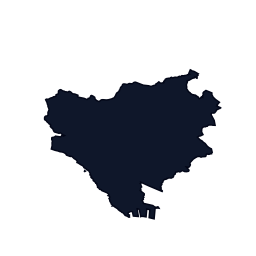 the district of Si Racha, Chon Buri, Thailand, rotated 296°
{"feature_id": "78962969B58781089685129", "entity_name": "Si Racha", "entity_type": "district", "adm_level": 2, "iso_a3": "THA", "parent_name": "Thailand", "parent_adm1": "Chon Buri", "projection": "equal_earth", "projection_center": [101.044, 13.142], "detail": "fine", "context": "isolated", "style": "filled", "palette": "ink", "viewbox_px": 256, "rotation_deg": 296, "n_neighbors": 0, "source": "geoboundaries", "source_scale": "gbopen_adm2", "svg_char_len": 5807}
<svg xmlns="http://www.w3.org/2000/svg" viewBox="0 0 256 256"><g transform="rotate(296 128 128)"><path d="M130.8,49.3L128.2,50.4L126.4,48.8L124.8,49.3L123.3,47.3L122.3,46.8L120.9,45.2L118.9,43.8L118.1,41.9L117.3,41.6L115.4,44.1L114.2,45.0L113.2,46.2L112.3,46.6L110.4,48.7L109.5,49.1L107.0,49.2L104.6,50.4L103.6,50.2L102.5,48.7L101.7,48.4L101.0,48.4L99.4,49.1L98.9,49.7L98.8,51.2L98.1,52.4L97.5,54.7L97.1,55.2L97.1,56.8L96.5,57.4L95.7,57.3L95.3,57.6L94.7,58.9L94.4,60.6L92.7,62.6L92.2,63.6L93.0,68.4L94.1,69.3L93.5,71.4L93.4,74.3L92.5,73.5L92.3,71.8L90.5,71.5L88.9,66.4L87.7,65.9L86.5,64.5L86.3,64.0L85.7,63.8L84.2,64.5L83.2,65.8L81.5,66.2L78.8,67.6L75.5,68.3L76.0,72.4L76.7,75.3L76.8,77.0L77.6,79.4L77.8,80.7L77.7,82.6L77.4,84.1L77.3,84.3L76.9,84.2L76.7,84.7L77.0,87.8L77.3,87.8L77.2,88.5L77.4,88.5L77.6,89.0L77.8,90.3L76.9,93.0L76.7,95.2L76.1,96.9L75.3,97.5L74.8,97.1L74.6,97.3L74.7,98.6L74.3,101.5L74.3,103.6L73.7,105.3L73.1,105.7L73.1,107.0L72.8,107.4L72.9,108.2L72.6,109.2L72.4,109.3L72.5,110.4L72.3,110.8L72.6,111.2L70.6,113.9L69.9,114.3L69.2,114.3L69.2,115.2L68.5,116.3L68.1,116.6L67.9,116.4L67.8,116.7L67.3,116.6L66.7,119.1L66.1,119.7L65.5,119.8L65.1,122.0L64.6,122.7L64.7,123.1L64.2,123.3L64.3,124.4L63.3,124.9L62.8,125.8L61.3,126.7L61.3,127.8L60.5,129.3L60.8,131.2L60.3,131.8L60.3,132.4L60.6,137.2L60.4,138.4L59.9,139.7L58.9,140.4L58.5,139.8L58.4,140.0L58.8,140.6L58.4,141.4L57.8,142.0L56.4,141.9L55.7,141.6L56.2,142.0L56.0,142.5L54.0,144.1L53.5,145.3L52.4,146.2L52.3,147.1L51.8,147.5L51.6,148.4L51.2,148.3L51.4,148.6L51.6,149.9L51.3,150.3L50.9,154.1L50.4,154.9L49.9,157.0L49.9,158.1L49.5,159.5L49.6,160.9L48.2,163.8L48.4,166.0L48.2,167.8L48.5,168.3L48.8,168.0L49.4,168.0L50.1,167.3L50.4,167.4L50.5,166.4L51.0,165.4L51.3,165.3L52.3,165.6L53.9,166.7L54.7,168.2L54.7,168.7L51.2,171.4L53.0,176.1L59.4,171.6L59.7,172.1L59.6,172.7L60.0,174.0L59.8,173.8L54.0,178.3L54.3,178.5L55.2,180.4L56.0,183.2L63.4,180.4L64.1,183.4L56.7,186.3L57.8,191.3L67.8,187.5L69.2,190.0L69.5,191.0L70.2,190.0L70.2,189.3L69.4,188.6L68.7,186.7L69.2,184.3L67.0,174.8L67.9,174.1L69.2,172.4L70.6,173.1L71.5,172.4L72.1,172.4L72.6,172.6L72.8,172.2L73.5,171.8L74.4,171.7L74.8,172.0L76.0,171.4L76.4,169.9L76.3,169.0L77.0,168.0L77.2,166.4L78.2,166.6L78.6,166.0L80.2,165.6L81.0,166.1L82.7,164.2L83.2,164.1L83.4,163.5L83.8,163.8L84.9,163.1L85.1,171.6L85.9,186.5L86.4,186.5L86.7,186.1L86.8,185.3L87.3,184.5L87.6,184.5L87.7,184.1L88.2,184.2L88.9,183.9L89.0,183.1L89.8,182.8L90.1,183.1L90.5,182.9L92.0,183.2L92.3,183.1L92.3,182.5L93.0,182.1L94.0,182.8L94.6,182.7L94.8,183.0L96.1,182.7L97.8,183.3L98.6,184.7L99.6,184.9L99.9,185.8L100.9,186.2L102.0,188.9L102.7,189.2L103.1,189.9L104.2,190.2L105.3,189.8L106.3,190.0L107.2,190.6L109.2,190.2L110.2,191.6L111.1,192.2L111.1,193.3L111.3,193.9L111.9,194.5L113.2,195.1L113.6,196.0L113.7,198.1L114.5,199.9L115.6,201.3L116.3,201.5L116.9,201.2L118.6,197.3L119.0,198.1L119.1,199.4L120.1,200.2L122.2,200.2L123.4,199.1L124.3,199.0L128.7,200.3L131.2,201.8L133.2,203.3L133.4,204.2L133.9,204.9L133.8,206.4L134.7,207.3L136.2,210.0L136.7,210.3L139.0,209.9L139.4,210.4L139.4,211.3L139.8,212.2L140.7,213.3L141.2,213.5L141.5,214.4L142.2,214.2L143.0,214.4L145.8,212.1L145.8,209.8L146.3,207.4L147.9,204.1L148.2,201.9L148.8,200.5L149.0,197.6L150.3,194.4L151.5,195.0L152.8,196.7L154.9,198.3L156.3,196.4L157.7,195.2L158.2,195.3L159.9,194.5L161.8,195.2L162.5,195.8L162.9,196.9L163.9,197.7L164.3,198.5L165.6,198.8L166.4,199.9L167.3,201.6L167.6,202.8L168.6,205.1L172.6,202.1L176.2,197.1L177.4,196.4L178.3,196.9L179.0,198.5L179.6,199.2L181.7,199.7L183.3,199.6L183.7,200.3L185.3,201.3L185.8,202.0L186.5,202.2L186.9,203.0L186.6,198.1L187.4,198.3L187.8,197.9L188.1,198.3L189.1,198.3L191.2,198.9L192.0,194.2L193.1,190.9L194.8,188.7L196.3,188.0L195.9,181.6L193.6,180.3L192.6,180.1L191.5,180.5L191.3,181.0L190.9,181.2L190.3,181.2L189.9,180.9L188.2,181.8L188.1,181.4L188.3,181.0L188.2,180.3L187.1,180.1L186.8,180.3L185.5,179.1L185.7,178.4L186.2,178.2L186.4,176.9L186.7,177.1L186.8,176.8L186.7,176.2L186.8,175.4L186.5,175.1L186.7,174.7L187.0,174.8L187.1,174.2L186.9,174.0L186.8,173.3L186.5,173.0L186.7,172.6L186.2,171.2L186.4,170.2L186.2,170.0L186.5,169.0L186.9,168.4L187.1,166.8L187.6,165.8L189.2,163.2L190.5,162.9L192.4,161.5L195.3,161.2L196.2,160.5L197.9,162.1L200.9,164.1L202.2,165.7L202.7,165.5L203.3,165.8L203.3,166.7L202.9,167.6L203.0,168.8L203.3,167.8L203.9,167.8L204.1,167.1L205.8,167.7L205.8,167.3L206.2,167.1L207.5,167.5L207.8,163.3L207.8,162.1L207.3,160.9L207.6,159.9L207.6,158.5L203.8,158.7L203.4,159.7L202.8,159.0L202.4,159.0L202.1,158.2L201.4,157.8L200.5,156.8L200.2,156.1L199.5,155.5L198.6,153.4L197.5,153.2L197.1,151.7L196.4,151.4L196.3,150.8L195.7,150.5L195.3,150.6L194.8,149.7L194.7,148.7L194.1,148.2L193.9,147.4L192.5,146.3L192.7,145.1L192.6,144.8L191.8,144.1L190.9,144.1L190.7,143.0L189.4,141.1L188.2,140.2L186.5,140.2L186.0,139.8L185.1,139.8L184.5,140.4L183.9,140.1L183.6,139.0L182.8,138.3L182.5,137.6L183.0,135.5L180.7,134.5L179.9,133.8L178.6,134.1L177.9,132.9L175.4,130.5L175.0,128.0L173.2,123.0L172.5,114.8L171.9,113.7L171.3,113.2L169.6,112.5L168.5,109.6L167.1,108.5L166.6,107.7L166.1,105.7L165.5,104.5L164.7,104.1L163.1,104.3L161.3,103.6L160.1,103.7L159.2,104.0L158.0,103.6L157.6,104.1L157.3,104.1L154.3,102.5L151.2,102.6L149.0,102.3L148.2,101.5L147.1,100.7L144.7,97.9L143.7,96.3L142.4,92.9L141.6,91.7L139.2,90.5L139.0,89.7L138.9,87.9L139.1,87.0L139.7,85.6L141.0,84.6L141.3,82.8L141.3,81.1L140.8,80.5L138.3,80.5L137.7,80.1L137.2,79.2L136.1,79.1L135.6,78.6L135.4,75.5L133.9,69.7L134.2,68.8L135.0,68.9L135.5,68.6L135.2,65.3L134.5,63.4L134.6,62.7L135.2,61.0L135.3,59.4L135.0,58.9L133.7,58.3L133.7,57.4L133.2,56.1L133.0,55.3L133.1,54.3L132.7,53.1L133.0,51.2L132.9,50.6L132.2,49.8L130.8,49.3ZM70.7,107.8L70.0,107.8L69.9,108.2L70.5,108.6L70.7,107.8Z" fill="#0f172a" stroke="#020617" stroke-width="1.5"/></g></svg>